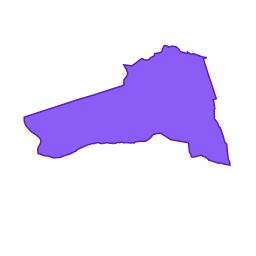 Paranavaí, Paraná, Brazil (Mercator projection), rotated 252°
{"feature_id": "56859067B4157250123449", "entity_name": "Paranavaí", "entity_type": "district", "adm_level": 2, "iso_a3": "BRA", "parent_name": "Brazil", "parent_adm1": "Paraná", "projection": "mercator", "projection_center": [-52.54, -22.874], "detail": "fine", "context": "isolated", "style": "filled", "palette": "violet", "viewbox_px": 256, "rotation_deg": 252, "n_neighbors": 0, "source": "geoboundaries", "source_scale": "gbopen_adm2", "svg_char_len": 2501}
<svg xmlns="http://www.w3.org/2000/svg" viewBox="0 0 256 256"><g transform="rotate(252 128 128)"><path d="M131.5,34.6L130.6,35.9L129.5,37.7L128.5,38.4L127.5,40.1L126.7,41.7L126.3,42.8L125.7,43.7L125.3,44.6L124.3,45.7L123.6,46.7L122.8,47.7L122.3,48.6L122.2,50.0L121.7,51.6L120.9,54.7L121.2,56.6L121.3,57.8L121.4,59.6L121.4,62.0L121.2,63.7L121.3,65.3L121.6,67.3L121.8,68.6L122.2,69.8L122.0,71.0L122.5,72.2L123.2,73.3L123.4,75.2L123.7,77.1L123.8,79.2L124.2,80.9L124.1,82.9L124.4,84.2L124.3,86.3L124.3,89.1L123.8,90.2L123.7,91.4L123.7,93.1L123.1,95.4L121.6,97.4L121.1,99.0L120.7,102.3L120.4,103.8L119.3,105.5L118.9,107.1L118.2,108.1L117.4,110.7L117.4,111.9L117.5,113.5L116.8,115.3L116.7,117.0L116.2,118.3L115.2,119.4L115.1,120.4L114.7,121.4L113.8,124.2L113.0,125.5L112.6,127.7L111.9,129.1L112.6,130.7L112.4,132.0L111.8,134.1L111.6,135.9L111.0,137.2L110.7,138.7L110.0,140.4L110.6,143.0L111.7,146.2L112.7,148.0L113.9,149.3L114.0,153.3L112.7,157.6L107.0,162.4L105.4,163.6L103.8,164.9L96.1,179.5L95.3,181.0L85.9,178.9L83.6,179.5L82.2,179.6L80.9,179.5L80.3,180.7L79.7,183.9L80.0,185.4L79.6,187.4L79.7,188.6L79.1,189.7L77.5,191.0L76.5,192.6L75.4,193.0L74.4,194.1L73.5,194.6L72.5,194.8L72.1,195.8L71.0,196.9L70.0,198.5L67.5,201.8L66.5,203.5L65.9,205.7L64.4,207.6L62.8,210.2L62.4,211.4L61.7,212.5L61.0,213.4L63.2,214.0L64.2,214.1L66.6,213.8L68.0,213.9L75.5,215.3L82.1,216.9L84.8,215.7L90.6,215.9L94.2,215.9L95.6,215.9L99.1,215.9L100.1,215.8L101.5,214.8L102.7,214.6L104.1,214.9L105.2,214.7L109.8,213.1L118.1,215.3L119.5,216.6L127.2,217.8L128.6,217.7L128.6,221.0L135.7,221.0L144.1,221.0L149.2,220.9L170.5,221.0L170.6,224.7L172.8,220.4L178.2,213.7L178.8,210.6L181.9,208.0L180.5,207.4L181.2,206.3L184.3,201.6L185.8,201.0L187.5,200.6L188.6,200.0L190.1,199.1L191.9,196.0L192.3,194.9L192.2,193.8L192.4,191.5L193.4,191.1L194.1,190.2L195.0,188.9L194.9,187.4L193.3,186.3L192.5,185.3L191.2,184.6L190.0,183.5L189.7,181.7L190.5,176.3L188.4,174.9L187.8,171.0L186.7,169.5L186.6,167.6L187.8,164.3L189.4,163.4L189.8,162.3L187.1,154.7L185.8,150.4L186.6,149.3L187.2,148.1L189.4,143.5L183.1,144.7L180.4,144.6L178.9,143.9L177.9,143.0L176.7,141.6L175.3,139.2L173.1,138.3L170.0,137.5L170.0,117.1L170.1,102.5L170.5,87.8L170.5,83.0L170.4,34.2L170.4,32.7L168.7,32.1L166.6,31.5L165.0,31.3L164.0,31.5L162.5,31.4L160.4,32.3L159.2,32.7L155.0,34.6L153.0,35.9L151.2,37.6L147.5,39.9L145.8,40.8L144.6,41.2L143.0,41.2L142.0,41.0L140.3,39.8L137.3,36.7L136.4,36.0L134.4,35.2L131.5,34.6Z" fill="#8b5cf6" stroke="#5b21b6" stroke-width="1.5"/></g></svg>